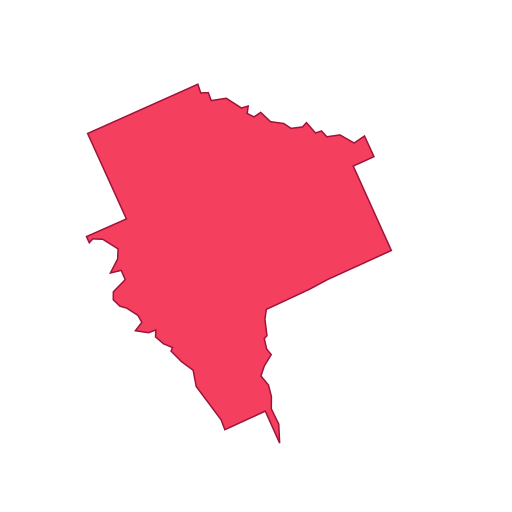 Dallas, Alabama, United States of America, rotated 156°
{"feature_id": "52423323B88662766732523", "entity_name": "Dallas", "entity_type": "district", "adm_level": 2, "iso_a3": "USA", "parent_name": "United States of America", "parent_adm1": "Alabama", "projection": "robinson", "projection_center": [-87.077, 32.389], "detail": "fine", "context": "isolated", "style": "filled", "palette": "rose", "viewbox_px": 512, "rotation_deg": 156, "n_neighbors": 0, "source": "geoboundaries", "source_scale": "gbopen_adm2", "svg_char_len": 1009}
<svg xmlns="http://www.w3.org/2000/svg" viewBox="0 0 512 512"><g transform="rotate(156 256 256)"><path d="M107.8,298.8L108.1,321.5L120.4,319.3L130.1,332.5L142.8,336.1L145.3,343.6L151.6,344.2L155.7,357.3L161.0,355.0L172.0,358.3L176.8,365.8L188.1,372.8L193.3,385.3L201.3,383.9L206.1,389.8L202.1,396.2L209.1,397.1L219.0,412.2L233.7,416.2L233.1,424.6L240.2,427.5L239.2,436.6L360.0,436.4L359.3,342.6L403.0,342.7L402.9,335.9L398.1,338.0L389.2,333.6L379.1,318.6L383.6,309.6L395.9,299.7L385.0,297.7L385.1,287.6L400.9,281.3L404.2,274.1L400.7,265.4L395.4,261.1L388.0,249.7L387.3,241.8L396.6,236.8L385.3,229.6L377.6,229.2L380.7,223.0L376.2,213.4L369.5,206.3L372.3,203.7L367.0,189.7L359.9,177.2L363.7,161.1L354.5,120.6L355.1,110.0L310.6,110.5L310.5,75.4L303.6,93.2L304.2,110.1L299.1,121.3L297.1,133.0L300.3,144.4L293.1,152.2L282.2,159.7L284.1,166.6L282.0,177.3L278.4,178.7L273.6,194.5L268.3,203.0L220.1,203.9L200.2,205.4L130.1,206.0L130.6,298.6L107.8,298.8Z" fill="#f43f5e" stroke="#9f1239" stroke-width="1.5"/></g></svg>